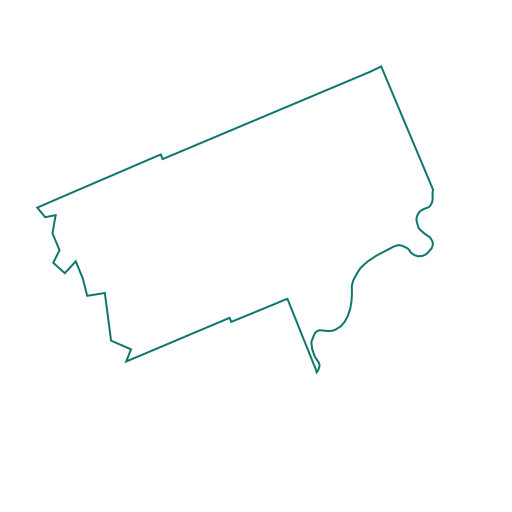 Leavenworth, Kansas, United States of America (Albers equal-area conic projection), rotated 67°
{"feature_id": "52423323B85501072071339", "entity_name": "Leavenworth", "entity_type": "district", "adm_level": 2, "iso_a3": "USA", "parent_name": "United States of America", "parent_adm1": "Kansas", "projection": "albers", "projection_center": [-94.929, 39.188], "detail": "fine", "context": "isolated", "style": "outline", "palette": "teal", "viewbox_px": 512, "rotation_deg": 67, "n_neighbors": 0, "source": "geoboundaries", "source_scale": "gbopen_adm2", "svg_char_len": 1266}
<svg xmlns="http://www.w3.org/2000/svg" viewBox="0 0 512 512"><g transform="rotate(67 256 256)"><path d="M302.4,416.7L302.6,304.5L307.0,304.5L307.6,244.5L307.7,243.8L385.2,245.3L386.7,245.6L385.2,243.2L382.9,241.1L381.4,240.2L379.2,239.8L371.4,241.2L363.8,240.7L358.1,239.1L356.1,238.1L351.1,233.1L349.9,231.6L349.0,229.2L349.1,226.6L353.6,218.3L354.6,214.8L354.9,212.0L353.8,205.3L351.2,200.1L347.2,195.1L341.8,190.2L335.0,185.8L328.4,182.5L321.6,179.8L318.9,178.0L316.0,175.5L310.9,169.1L307.8,164.3L305.9,159.3L304.5,154.6L303.7,150.2L302.7,145.1L301.1,124.9L301.4,122.3L301.5,121.5L301.9,120.1L303.2,118.0L306.2,115.1L308.4,113.4L309.8,112.8L313.6,112.1L317.2,109.7L319.6,106.9L321.0,102.5L320.9,99.2L319.8,95.8L317.3,91.0L314.8,88.9L313.0,88.1L311.0,87.9L306.7,88.6L301.8,91.8L297.8,93.8L295.7,94.8L293.2,95.4L286.6,94.5L284.3,93.7L283.9,93.4L282.7,92.5L281.3,91.3L279.0,87.7L278.6,86.2L278.3,82.9L278.6,78.1L277.6,75.6L275.5,73.1L273.2,71.4L266.1,68.5L264.3,67.1L130.4,66.7L131.0,78.6L130.3,304.1L125.3,304.0L125.6,373.4L125.8,412.1L126.0,438.4L137.9,434.9L140.1,424.5L155.6,434.5L173.9,434.6L183.0,445.3L197.1,438.7L190.5,424.0L208.6,424.2L226.7,426.9L231.0,409.6L277.3,422.5L293.1,407.5L302.4,416.7Z" fill="none" stroke="#0f766e" stroke-width="2"/></g></svg>